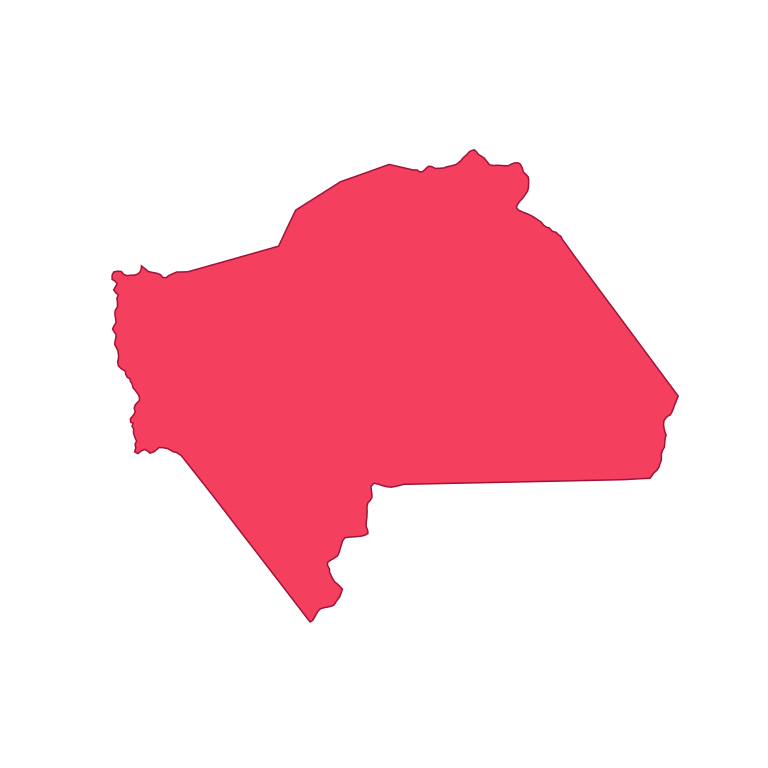 Tucano, Bahia, Brazil, rotated 283°
{"feature_id": "56859067B77744280131750", "entity_name": "Tucano", "entity_type": "district", "adm_level": 2, "iso_a3": "BRA", "parent_name": "Brazil", "parent_adm1": "Bahia", "projection": "orthographic", "projection_center": [-38.821, -11.037], "detail": "fine", "context": "isolated", "style": "filled", "palette": "rose", "viewbox_px": 768, "rotation_deg": 283, "n_neighbors": 0, "source": "geoboundaries", "source_scale": "gbopen_adm2", "svg_char_len": 3381}
<svg xmlns="http://www.w3.org/2000/svg" viewBox="0 0 768 768"><g transform="rotate(283 384 384)"><path d="M438.4,673.4L455.4,653.4L498.4,603.0L501.3,599.6L507.6,592.2L516.2,582.0L551.7,540.5L565.2,525.1L567.7,523.1L568.6,520.6L570.5,517.5L570.6,513.8L573.3,509.9L573.3,507.0L574.5,504.2L577.2,500.5L578.5,497.1L579.8,493.8L581.0,490.1L582.0,485.9L582.7,480.4L583.8,475.5L585.7,473.4L588.4,473.5L591.0,474.5L593.4,475.6L595.9,477.2L600.0,478.9L604.1,480.5L607.8,480.6L610.9,480.0L615.1,479.2L618.2,477.9L620.0,475.4L621.9,472.1L625.8,470.0L628.9,467.4L629.7,464.8L628.7,461.3L627.1,458.9L624.6,455.9L623.6,451.2L623.1,447.6L622.4,444.3L621.5,441.4L621.3,437.6L624.0,434.2L626.7,430.8L628.0,427.2L629.1,424.1L631.2,421.8L632.5,419.2L631.0,416.6L629.1,414.6L625.8,412.9L622.6,410.5L618.4,408.3L615.5,406.2L613.5,404.0L611.4,399.8L609.7,396.2L608.1,394.0L606.8,390.0L605.6,385.3L606.6,381.4L606.1,378.3L603.7,376.6L601.4,375.1L599.2,373.3L598.8,370.6L600.0,368.3L599.1,364.1L599.1,360.5L599.1,339.6L584.9,317.5L580.0,309.8L575.4,302.5L571.2,296.0L533.5,258.8L514.8,254.6L494.6,250.3L458.0,183.7L449.2,167.6L447.7,161.9L446.5,156.9L443.5,152.8L440.8,149.4L438.5,147.8L438.1,144.5L440.3,141.5L440.8,137.6L440.6,132.8L440.6,129.1L442.9,124.6L444.5,121.1L441.2,121.6L437.7,120.9L435.0,118.3L433.8,115.8L433.1,113.0L431.8,109.1L432.1,106.0L434.5,102.8L434.0,98.9L432.3,95.4L428.9,94.6L424.7,95.6L423.9,98.5L421.7,101.4L418.2,100.4L415.0,99.4L412.6,102.0L411.2,105.0L407.1,104.5L403.4,106.0L399.0,106.9L394.9,105.5L391.3,106.1L387.7,107.6L383.8,109.1L379.1,107.6L376.4,107.2L374.1,109.3L371.9,111.8L369.3,112.3L365.6,112.3L362.2,112.6L359.6,114.7L356.8,117.1L352.2,118.9L349.4,119.5L345.9,119.4L341.9,121.1L339.7,124.6L338.4,128.9L335.2,130.3L332.8,132.3L331.9,135.2L329.2,136.6L327.4,138.6L323.9,140.3L321.3,143.7L318.1,147.4L315.2,149.0L312.6,149.2L310.4,147.8L307.7,146.3L304.4,146.0L301.1,147.7L298.5,147.4L295.7,146.0L293.2,144.7L289.8,145.7L289.2,148.3L286.3,148.0L284.0,150.1L279.8,151.0L275.9,153.3L272.7,155.8L269.4,155.0L266.0,156.5L261.8,156.3L260.8,159.8L264.0,162.4L266.4,165.4L265.6,168.4L264.0,171.6L266.4,175.3L268.5,176.9L271.4,179.0L272.2,182.8L272.4,187.6L271.5,190.9L270.6,193.5L270.6,197.2L268.7,202.5L234.6,245.0L205.7,280.0L198.2,289.2L195.8,292.2L165.6,328.9L135.5,365.5L137.7,367.7L141.9,369.1L145.1,369.9L148.0,370.9L150.6,372.6L152.5,375.8L154.2,379.8L155.7,382.7L157.4,385.0L161.8,386.5L166.5,388.7L170.6,389.2L174.7,389.7L177.2,386.0L178.7,383.6L179.9,380.8L181.7,378.9L183.9,376.7L186.3,375.0L188.2,373.3L191.4,372.6L194.3,370.0L197.3,369.0L200.2,371.5L202.1,373.6L206.1,377.4L210.8,378.3L214.7,378.4L218.2,378.7L222.0,379.0L225.4,380.5L226.6,383.4L227.8,387.4L229.2,391.9L230.6,395.9L232.2,399.2L234.7,402.0L237.6,401.1L241.1,398.7L244.6,397.9L250.3,397.3L255.2,396.4L260.6,395.0L264.4,395.0L267.4,396.7L270.7,397.8L273.5,397.1L277.3,395.7L281.2,394.3L285.1,396.6L285.1,401.7L284.6,405.5L284.6,410.1L285.1,414.3L286.9,418.5L288.7,422.0L290.8,426.1L291.6,429.4L308.3,495.4L326.3,566.6L344.7,639.0L352.1,664.5L354.9,665.7L357.9,666.9L361.5,669.4L365.0,670.6L369.1,670.9L372.1,671.4L375.0,670.8L378.1,670.0L381.6,670.3L385.8,671.4L390.3,670.7L394.2,670.2L397.6,670.4L400.5,668.5L403.7,666.9L407.1,665.6L411.1,665.0L414.0,666.1L416.6,667.8L418.2,669.8L421.0,670.8L424.7,671.4L427.6,671.7L438.4,673.4Z" fill="#f43f5e" stroke="#9f1239" stroke-width="1.5"/></g></svg>